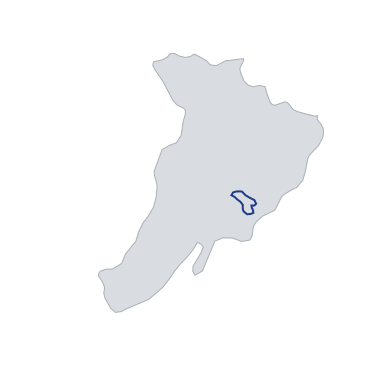 Hermanas on a map of Dominican Republic (Mercator projection), rotated 117°
{"feature_id": "DOM-1968", "entity_name": "Hermanas", "entity_type": "Province", "adm_level": 1, "iso_a3": "DOM", "parent_name": "Dominican Republic", "parent_adm1": "", "projection": "mercator", "projection_center": [-70.354, 19.392], "detail": "fine", "context": "in_parent", "style": "outline", "palette": "blue", "viewbox_px": 384, "rotation_deg": 117, "n_neighbors": 0, "source": "natural_earth", "source_scale": "10m", "svg_char_len": 1829}
<svg xmlns="http://www.w3.org/2000/svg" viewBox="0 0 384 384"><g transform="rotate(117 192 192)"><path d="M68.0,252.5L68.3,239.0L70.4,233.6L68.5,227.8L59.9,221.7L54.6,213.8L49.9,206.8L51.0,205.8L60.3,205.5L63.6,202.9L69.9,195.7L71.2,190.0L70.6,185.6L66.6,180.4L64.9,174.9L70.0,170.1L76.6,163.1L77.5,160.4L77.4,157.8L69.7,150.4L69.1,147.2L72.7,139.2L72.4,133.9L68.8,117.2L67.1,114.8L70.5,113.4L72.8,108.4L75.8,104.0L79.8,101.6L84.3,100.2L93.3,100.3L105.7,104.1L109.3,104.1L121.2,100.6L131.1,98.6L140.5,100.8L144.2,103.8L151.9,108.6L155.8,110.0L168.0,109.9L171.3,110.4L181.5,118.2L190.1,121.4L195.1,121.5L204.1,118.5L208.5,118.6L213.6,125.4L214.6,134.9L218.9,143.7L225.4,149.3L257.6,146.9L264.7,151.5L262.3,155.3L257.7,157.3L242.4,156.4L235.8,156.9L234.4,160.7L234.4,164.2L243.3,165.0L252.1,166.8L261.0,169.6L270.1,171.5L280.3,172.8L290.4,174.8L307.2,181.7L325.8,197.3L330.8,200.8L334.1,205.7L332.5,211.7L325.9,221.5L322.1,224.7L316.6,226.6L312.9,230.7L309.2,237.5L307.0,238.1L304.4,237.8L300.0,233.9L296.8,228.0L287.8,222.3L277.2,223.1L261.5,219.7L252.0,221.4L242.5,221.7L232.7,220.0L223.0,219.4L213.2,221.5L203.8,225.2L200.3,227.4L194.2,233.0L191.0,235.1L167.9,237.9L161.3,233.8L155.1,228.2L146.3,227.4L133.4,231.8L125.4,233.4L122.1,235.2L121.2,237.4L121.2,245.2L119.4,250.0L106.8,267.9L99.8,280.6L96.9,284.5L93.5,285.4L87.4,278.1L83.4,275.5L78.6,274.1L76.5,270.3L76.6,264.8L75.3,259.4L72.3,255.2L68.0,252.5Z" fill="#d9dde1" stroke="#a8b0b8" stroke-width="1"/><path d="M182.8,127.9L185.0,129.9L186.8,132.8L186.4,134.9L185.7,137.5L183.5,139.4L180.3,141.0L178.7,144.5L178.1,148.3L177.0,151.9L177.0,155.4L173.8,155.2L171.6,153.0L170.1,150.4L168.9,147.7L170.6,142.8L170.9,138.2L170.9,132.7L173.4,129.5L174.8,130.0L176.1,130.7L177.0,132.9L178.9,131.6L180.5,129.3L182.8,127.9Z" fill="none" stroke="#1e3a8a" stroke-width="2"/></g></svg>